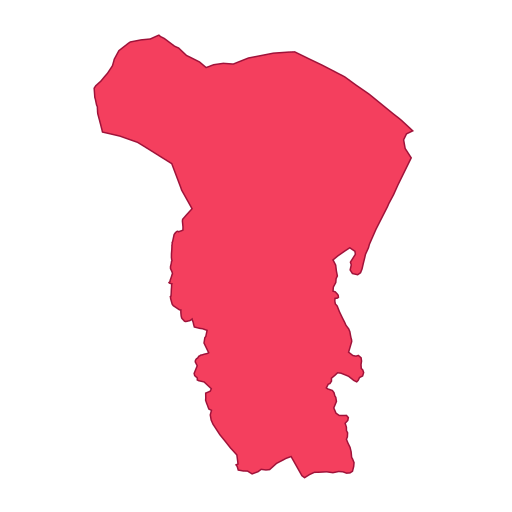 the district of Al Makhrim, Homs (Hims), Syria, rotated 269°
{"feature_id": "27442178B17685723948764", "entity_name": "Al Makhrim", "entity_type": "district", "adm_level": 2, "iso_a3": "SYR", "parent_name": "Syria", "parent_adm1": "Homs (Hims)", "projection": "albers", "projection_center": [37.338, 34.825], "detail": "fine", "context": "isolated", "style": "filled", "palette": "rose", "viewbox_px": 512, "rotation_deg": 269, "n_neighbors": 0, "source": "geoboundaries", "source_scale": "gbopen_adm2", "svg_char_len": 5052}
<svg xmlns="http://www.w3.org/2000/svg" viewBox="0 0 512 512"><g transform="rotate(269 256 256)"><path d="M378.4,414.9L384.1,409.0L389.0,403.9L390.9,401.7L395.5,396.0L408.5,380.6L409.1,379.9L413.0,375.3L416.0,371.7L419.6,366.7L425.1,359.0L433.5,347.9L434.3,346.5L437.2,341.1L442.9,330.6L445.8,325.2L452.4,312.0L454.0,308.9L459.4,298.3L459.3,292.2L458.5,276.9L455.4,259.4L454.1,251.9L450.4,242.1L448.9,238.2L448.3,236.6L448.8,231.2L449.2,226.7L448.0,217.1L447.0,214.2L446.5,213.0L445.3,209.4L451.0,202.9L456.1,193.2L457.7,190.0L462.9,184.7L465.3,182.3L466.1,180.5L467.2,178.2L475.1,168.1L476.1,166.2L477.0,164.4L478.5,162.8L478.1,161.7L474.8,154.0L474.1,144.9L472.2,134.1L471.0,132.2L463.7,122.5L455.2,117.7L453.3,117.2L448.7,115.8L441.4,110.8L437.6,107.4L433.4,103.8L431.8,101.9L429.3,99.1L429.2,98.9L426.6,97.1L417.6,97.6L417.0,97.7L415.7,98.1L409.9,99.2L407.9,100.0L406.1,100.0L404.3,100.1L403.4,100.1L403.0,100.1L400.9,100.3L399.7,100.6L398.9,100.8L396.4,101.4L394.9,101.8L394.1,102.0L393.6,102.1L391.9,102.5L390.8,102.8L388.6,103.3L385.6,104.0L384.9,104.2L383.7,104.4L383.3,104.5L382.6,104.7L380.4,113.6L378.2,122.2L376.4,127.0L371.7,139.6L368.4,144.8L349.8,173.4L326.0,181.9L323.2,182.8L304.4,192.9L298.0,186.9L294.0,183.3L292.2,183.0L291.4,183.1L291.1,183.1L286.4,183.5L283.2,183.4L282.7,182.3L282.6,182.1L282.2,180.8L281.6,179.0L282.0,178.4L282.1,178.2L282.1,177.7L281.4,176.6L280.3,175.5L280.2,175.5L280.2,175.4L279.9,175.2L278.9,174.5L272.0,172.9L271.8,172.8L270.6,172.3L269.8,172.5L269.7,172.5L268.6,172.2L268.2,172.1L266.7,172.1L263.6,171.9L259.6,171.5L259.2,171.5L256.0,171.4L255.3,171.5L254.1,171.6L252.9,171.9L252.0,171.5L251.9,171.4L249.8,171.1L249.5,171.0L247.6,170.5L246.8,170.3L244.9,170.3L243.1,171.1L242.2,171.5L241.2,171.9L240.4,172.0L239.5,172.2L238.8,171.7L238.1,171.5L237.4,171.3L235.7,170.7L234.1,170.1L233.6,169.9L233.3,169.8L232.9,169.7L232.0,169.6L231.7,169.3L231.1,168.7L230.9,168.5L230.4,169.0L229.6,171.3L229.5,171.2L226.1,171.0L224.2,170.8L219.3,170.5L218.7,170.4L218.0,170.4L217.9,170.3L217.5,170.3L217.4,170.3L216.8,169.6L216.3,169.8L216.1,169.8L215.4,169.9L214.9,169.9L214.1,170.1L209.4,171.3L208.2,172.1L207.7,172.5L206.4,174.4L203.6,178.4L203.4,179.1L203.4,179.9L202.4,179.9L201.9,179.9L201.3,179.9L200.5,179.9L199.0,180.0L197.7,180.1L197.0,180.2L195.3,180.6L194.6,181.1L193.7,181.9L192.9,182.7L192.4,183.0L192.0,183.5L191.7,184.4L191.9,185.9L192.3,187.4L192.5,188.7L193.1,189.6L193.7,190.5L194.1,191.0L193.0,191.2L191.8,191.7L190.8,192.0L189.9,192.2L188.8,192.4L187.3,192.8L186.1,193.1L184.6,198.6L184.2,201.4L184.1,201.6L182.5,205.8L176.4,204.4L175.2,203.4L169.9,202.5L160.1,207.0L159.5,206.0L159.2,204.9L159.0,203.9L158.8,202.9L158.6,202.1L158.2,200.9L158.0,199.9L157.8,198.8L157.3,198.3L156.8,197.1L155.0,195.9L154.5,195.0L154.1,194.5L152.8,193.7L152.6,193.6L151.2,193.4L147.3,195.3L146.5,195.0L139.7,192.1L137.5,192.6L136.3,193.8L135.6,194.8L134.8,195.2L133.1,195.1L132.8,195.7L132.7,195.9L132.4,196.3L131.0,201.9L124.1,209.0L123.6,208.8L122.5,208.3L121.6,207.9L121.3,207.0L121.0,206.4L120.5,205.1L120.1,204.2L119.8,203.3L119.0,203.3L118.2,203.3L117.0,203.3L116.0,203.3L114.9,203.3L113.7,203.2L112.7,203.1L111.4,203.5L110.2,203.9L109.5,204.1L108.5,204.5L107.8,204.8L107.2,205.0L106.3,205.3L105.4,205.6L104.6,205.9L103.7,206.3L103.4,207.0L102.5,208.8L97.9,207.5L92.8,208.3L88.5,210.1L86.8,211.2L77.9,216.8L70.9,222.3L64.3,227.3L61.9,229.5L57.4,233.4L48.4,234.4L47.5,232.4L46.0,233.5L42.3,234.5L41.3,239.5L41.1,243.8L38.2,248.3L39.2,251.1L40.3,254.3L42.6,257.4L41.9,262.2L42.2,265.9L48.3,272.9L53.1,282.4L54.9,287.6L35.5,298.1L33.5,300.7L36.6,305.8L38.7,310.6L38.7,314.9L39.0,322.9L38.0,329.1L39.1,334.9L38.7,339.2L37.3,342.7L37.5,346.2L39.1,348.7L43.8,350.0L47.7,350.4L51.6,348.9L53.0,348.1L58.5,347.7L63.0,346.7L67.5,344.6L71.2,343.2L73.5,344.2L77.6,344.5L79.8,343.4L83.3,343.4L87.2,342.2L90.0,344.9L92.9,345.5L93.3,345.1L95.0,343.7L95.1,336.4L97.5,333.2L99.8,332.3L102.7,331.1L109.2,333.9L113.3,333.3L114.7,332.4L118.0,331.6L120.2,330.0L121.4,326.7L121.8,325.4L122.9,324.0L126.6,326.0L127.2,327.7L129.6,329.3L132.5,329.3L135.4,332.9L137.8,335.5L137.4,338.8L135.4,343.6L134.1,346.5L129.9,351.6L128.4,354.5L129.9,356.0L132.7,357.4L134.2,360.5L137.6,361.6L140.3,360.7L141.7,359.3L145.6,359.1L149.1,359.7L152.4,359.3L154.8,356.6L154.1,354.2L154.8,351.1L158.2,346.9L161.1,347.8L168.8,350.2L170.5,350.1L172.7,349.5L175.0,349.1L178.7,348.5L181.5,347.4L185.2,344.7L188.1,343.5L192.8,341.2L198.7,338.5L200.3,337.9L204.6,336.3L206.7,334.5L209.6,334.0L212.3,334.3L212.4,336.5L213.2,337.7L215.3,337.5L216.7,336.5L218.8,334.6L219.5,332.4L223.6,332.8L228.1,335.3L232.0,335.7L234.6,337.0L239.7,336.1L245.5,335.5L250.6,333.0L250.7,332.9L254.6,337.7L259.5,345.0L262.6,349.9L259.0,355.0L256.0,355.4L248.2,350.3L245.5,351.1L240.4,349.9L236.8,352.1L235.5,357.3L237.4,360.2L241.2,361.8L246.5,363.1L252.5,364.7L255.8,365.5L262.3,368.6L265.8,369.6L280.8,376.5L302.8,388.2L306.1,389.7L314.9,394.6L324.5,399.1L351.4,412.9L360.9,407.0L369.6,405.6L375.5,408.6L378.4,414.9Z" fill="#f43f5e" stroke="#9f1239" stroke-width="1.5"/></g></svg>